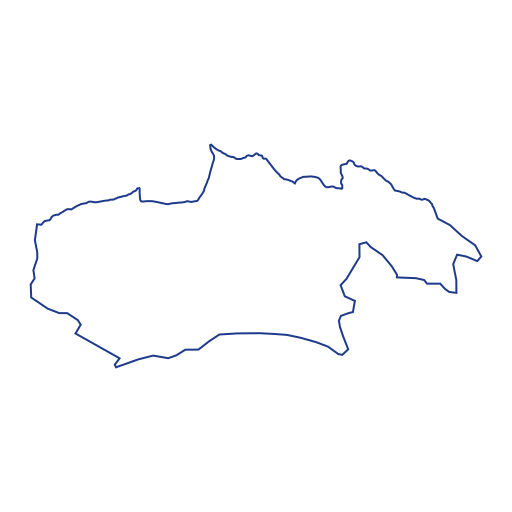 outline of Tashir, Lori, Armenia
{"feature_id": "60910142B71035098533409", "entity_name": "Tashir", "entity_type": "district", "adm_level": 2, "iso_a3": "ARM", "parent_name": "Armenia", "parent_adm1": "Lori", "projection": "robinson", "projection_center": [44.248, 41.132], "detail": "fine", "context": "isolated", "style": "outline", "palette": "blue", "viewbox_px": 512, "rotation_deg": 0, "n_neighbors": 0, "source": "geoboundaries", "source_scale": "gbopen_adm2", "svg_char_len": 4356}
<svg xmlns="http://www.w3.org/2000/svg" viewBox="0 0 512 512"><path d="M433.9,208.1L433.1,206.9L432.4,205.7L432.2,204.7L432.0,204.1L431.1,203.3L430.1,201.9L428.9,200.6L427.8,200.1L426.2,199.4L424.7,198.8L423.0,199.5L421.7,199.7L420.9,199.5L419.5,198.8L418.4,198.6L417.1,198.8L415.7,198.4L413.6,197.6L408.8,195.1L405.9,193.4L404.5,192.7L402.7,192.7L401.2,192.2L400.0,191.6L397.6,191.0L395.2,190.6L394.1,189.6L393.2,188.1L392.2,186.3L391.2,184.4L389.9,183.2L389.0,182.3L387.8,181.5L386.4,180.9L385.2,179.9L384.1,178.8L382.4,177.0L381.4,176.0L379.9,175.2L378.8,174.6L377.5,173.3L376.3,171.9L375.6,171.0L375.4,170.8L374.9,170.4L374.6,170.2L374.3,170.1L373.0,170.4L371.5,170.6L370.0,170.4L368.4,169.2L367.0,168.6L365.5,168.5L364.0,168.4L362.9,167.4L362.0,166.7L360.9,166.3L358.9,166.5L357.6,166.4L356.1,165.9L355.0,165.1L354.2,164.0L353.9,162.9L353.7,162.5L352.7,161.6L351.4,160.9L349.7,160.4L348.5,160.9L348.0,161.5L347.5,162.2L346.7,163.8L344.3,164.3L342.1,164.8L341.1,165.5L340.6,166.5L340.6,167.9L340.8,170.3L340.7,172.5L341.2,173.9L342.2,175.7L342.6,176.9L342.6,178.4L341.7,179.3L341.5,179.7L341.2,180.6L341.0,182.1L341.0,182.3L341.2,183.4L342.2,185.2L342.3,186.5L342.3,188.1L341.7,188.8L340.7,188.5L338.7,188.3L336.3,188.1L334.8,187.4L333.5,186.7L332.6,186.4L331.7,186.6L330.3,186.7L329.3,187.1L327.5,187.3L326.0,186.9L325.1,186.4L324.0,185.3L323.3,184.3L322.5,183.1L321.6,181.6L320.8,180.5L320.3,179.7L319.7,179.1L319.2,178.6L318.1,177.8L317.4,177.6L314.9,176.9L310.8,176.4L308.6,176.6L303.2,176.9L302.3,177.3L299.8,178.2L297.1,179.8L295.9,181.2L294.9,183.4L292.2,181.4L290.0,180.7L288.1,179.9L286.2,179.4L284.1,179.2L283.3,178.4L281.5,177.2L280.3,176.2L279.2,174.4L278.0,173.4L275.5,170.9L274.0,169.0L273.0,167.7L267.8,161.0L266.3,158.9L266.0,158.8L265.4,158.6L263.7,158.7L262.8,158.0L262.5,157.0L262.0,155.7L260.5,155.4L258.8,155.1L258.2,154.3L256.7,153.4L255.8,153.6L254.6,154.6L253.2,155.8L252.1,156.2L250.1,155.7L248.8,155.3L247.4,155.6L246.6,156.0L245.9,157.0L244.8,157.7L243.1,158.0L241.7,158.7L240.3,159.0L238.7,159.0L237.0,159.0L235.8,158.7L234.6,157.7L233.2,157.0L231.5,156.9L229.4,156.4L227.0,155.4L225.4,154.1L222.5,152.8L220.9,151.3L219.5,150.8L217.8,150.1L214.0,147.4L212.6,146.0L211.3,144.7L210.2,145.1L210.3,146.4L210.3,147.3L210.6,149.0L211.6,151.6L212.9,153.5L214.0,155.7L214.1,158.1L213.8,160.2L212.9,162.6L212.8,162.8L211.9,166.3L210.4,171.3L209.4,175.4L208.7,178.4L207.7,180.3L207.1,182.3L204.3,188.7L204.2,190.4L202.4,193.5L199.6,197.4L198.2,199.7L197.1,201.0L195.1,201.2L193.3,201.6L191.4,201.9L190.3,201.8L188.3,201.4L187.4,201.2L186.7,201.3L184.8,202.0L182.5,202.4L179.8,202.6L178.2,202.7L176.6,202.9L173.6,203.2L171.9,203.3L170.1,203.7L168.0,204.2L166.1,204.0L160.9,202.9L156.9,202.0L152.8,201.3L152.4,201.2L149.7,201.1L145.8,201.2L145.3,201.3L142.5,201.6L140.8,201.1L140.2,199.7L139.9,197.4L139.9,196.6L139.6,192.8L139.7,188.8L139.3,188.1L137.1,188.6L136.3,190.2L135.2,190.9L133.2,191.7L132.1,192.8L130.2,194.1L128.3,194.5L126.9,195.5L125.7,195.8L123.1,196.2L121.2,196.8L117.9,197.5L116.3,198.4L115.2,198.7L113.5,199.6L110.3,199.7L109.0,200.2L107.4,200.5L104.8,200.7L101.6,201.3L100.0,201.6L96.8,202.2L94.8,202.3L91.1,201.6L89.0,201.7L87.2,202.6L86.1,203.3L84.4,203.4L81.4,204.0L77.1,205.9L73.5,208.0L71.5,209.4L69.4,209.2L67.2,209.2L65.0,210.4L62.9,211.8L60.3,213.3L58.2,214.8L56.4,214.7L53.4,215.6L52.2,216.5L51.2,217.7L50.4,219.4L49.3,220.3L47.5,220.5L44.4,221.2L43.7,222.0L43.0,222.7L41.4,224.7L37.8,224.4L37.1,224.3L34.9,240.1L37.2,252.1L37.3,258.4L33.4,270.1L34.6,278.4L30.7,284.5L31.2,297.5L47.6,308.6L59.2,313.1L67.1,313.1L77.8,320.1L80.7,324.7L75.5,333.5L119.6,358.3L114.8,364.6L116.0,367.3L138.2,359.4L153.2,355.6L168.3,358.2L176.4,355.3L185.3,349.7L198.4,349.6L209.4,341.1L219.4,334.5L237.5,333.4L259.6,333.2L274.7,334.0L286.8,334.9L299.9,337.6L316.0,342.1L328.1,346.7L338.2,354.0L342.2,354.9L348.2,349.3L343.1,336.3L340.0,327.1L338.9,320.6L340.9,315.9L348.9,313.0L352.9,312.1L354.9,300.9L344.8,296.3L340.6,285.2L346.6,278.7L351.6,270.3L359.5,257.2L359.4,244.2L366.4,242.3L370.5,246.9L382.6,255.2L391.8,266.3L396.9,274.6L396.9,277.4L416.0,278.2L424.1,280.0L427.1,283.7L440.2,283.7L445.3,289.2L449.3,292.0L456.4,292.9L456.3,279.8L454.8,272.5L453.2,264.1L457.1,254.7L466.2,256.5L477.3,261.1L481.3,256.5L475.2,245.3L462.0,236.1L449.8,225.0L437.7,218.6L433.9,208.1Z" fill="none" stroke="#1e3a8a" stroke-width="2"/></svg>